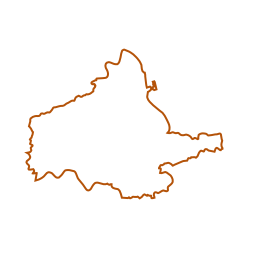 the district of Gia Vien, Ninh Bình, Vietnam, rotated 285°
{"feature_id": "81297802B79786453625721", "entity_name": "Gia Vien", "entity_type": "district", "adm_level": 2, "iso_a3": "VNM", "parent_name": "Vietnam", "parent_adm1": "Ninh Bình", "projection": "albers", "projection_center": [105.858, 20.33], "detail": "fine", "context": "isolated", "style": "outline", "palette": "amber", "viewbox_px": 256, "rotation_deg": 285, "n_neighbors": 0, "source": "geoboundaries", "source_scale": "gbopen_adm2", "svg_char_len": 5737}
<svg xmlns="http://www.w3.org/2000/svg" viewBox="0 0 256 256"><g transform="rotate(285 128 128)"><path d="M112.0,31.5L110.9,31.4L109.2,31.9L104.0,31.9L103.6,32.7L102.3,34.4L100.7,35.8L100.0,36.5L99.5,36.9L99.4,37.3L96.7,37.5L95.8,37.3L93.7,37.3L92.5,36.5L91.4,36.3L90.9,37.4L90.6,37.5L88.8,37.6L87.4,37.5L87.1,37.8L86.8,39.7L86.7,40.1L86.5,40.3L86.0,40.4L83.8,39.2L83.3,39.3L81.4,40.4L80.5,40.2L79.8,39.9L79.3,39.4L78.9,38.8L77.9,36.8L77.5,38.3L76.8,39.4L75.2,40.8L74.5,41.1L73.3,41.0L72.5,40.7L69.9,38.9L69.5,38.8L68.6,38.8L68.3,39.0L67.7,39.5L67.4,39.9L66.5,41.6L65.7,42.3L64.9,42.5L62.9,42.4L62.4,42.7L62.2,43.1L62.6,44.7L63.7,47.2L63.0,48.0L62.1,48.5L61.3,48.5L60.5,48.0L59.5,47.8L59.5,48.1L60.0,49.4L60.8,51.2L60.8,51.5L53.3,52.2L55.1,55.1L56.4,56.6L57.6,57.8L59.4,59.2L63.4,61.2L64.2,62.0L64.6,62.5L64.8,63.2L64.9,63.9L64.8,65.3L64.7,66.0L64.3,66.8L62.4,69.9L61.8,71.2L61.7,71.7L61.7,72.5L61.9,73.2L62.3,74.1L65.0,75.8L66.0,76.3L69.5,77.6L70.4,78.1L70.8,78.4L71.2,79.1L71.6,80.1L72.1,82.0L72.2,82.9L72.3,87.1L72.2,87.5L72.0,88.0L71.5,88.7L70.5,89.6L66.7,92.4L65.7,93.5L61.7,99.1L58.2,103.2L57.7,104.0L57.4,104.7L57.4,105.6L57.5,106.0L57.8,106.5L58.3,107.1L59.6,107.9L62.3,108.6L64.1,109.2L65.1,109.7L66.0,110.2L66.5,110.7L66.9,111.4L67.3,112.5L67.4,113.5L67.4,119.1L67.9,120.9L68.5,121.9L68.9,122.4L68.6,123.0L68.3,124.6L69.2,125.8L69.4,126.3L69.4,126.7L68.6,126.7L67.1,127.6L66.4,128.8L66.2,129.6L66.2,130.1L66.1,131.3L66.3,133.6L66.2,134.5L65.1,136.2L62.6,138.1L59.7,139.8L59.1,140.1L60.3,146.1L60.6,146.4L61.2,146.7L61.3,146.9L61.2,147.1L60.7,147.9L60.8,148.5L61.9,149.8L62.6,150.2L62.9,150.7L63.1,152.1L63.3,153.0L63.8,154.6L64.2,155.1L64.1,155.5L63.1,157.5L64.9,159.1L67.3,160.2L68.1,161.0L68.0,161.9L67.5,163.7L67.5,163.9L68.3,164.1L68.5,164.3L68.2,165.4L68.1,166.3L68.3,166.6L68.5,167.8L66.6,168.7L66.4,168.9L66.4,169.3L66.8,170.3L67.5,171.6L68.5,171.2L69.8,170.3L71.4,170.1L72.2,170.3L72.7,170.6L73.1,171.4L73.1,172.5L72.9,173.6L72.9,173.9L73.1,174.2L73.8,175.0L75.9,177.0L76.6,177.9L76.8,178.3L76.8,180.9L76.9,181.6L77.1,182.0L77.6,182.5L78.3,182.7L80.6,181.9L81.4,181.9L81.8,182.0L82.9,182.8L84.6,184.0L86.1,184.8L86.9,185.0L87.5,185.1L88.7,184.8L89.9,184.4L90.9,183.7L91.7,183.1L92.9,181.8L93.2,181.4L95.0,176.9L95.1,175.3L93.2,172.3L93.0,171.7L92.9,170.6L95.6,170.5L96.9,170.3L97.2,170.1L97.3,169.8L97.1,168.4L97.5,168.3L100.2,169.0L100.6,169.3L100.8,169.7L100.8,170.5L101.0,170.8L101.5,171.3L102.0,171.9L102.3,172.1L103.0,172.3L103.2,172.6L103.7,173.9L104.5,175.3L104.8,176.0L104.8,177.0L104.5,178.4L104.1,179.5L103.3,180.7L103.2,181.0L104.6,182.5L109.7,189.0L110.4,190.0L111.8,193.6L114.1,194.0L114.5,194.2L114.8,195.8L115.1,196.3L116.1,196.6L117.1,200.2L116.9,201.3L118.4,202.3L118.9,202.5L122.5,203.0L124.0,203.6L124.8,204.2L125.0,204.6L124.9,207.2L125.1,207.4L126.7,207.7L127.3,208.0L127.7,208.5L127.8,209.1L127.9,209.6L127.1,211.7L127.5,217.7L130.3,217.9L131.0,218.1L131.5,218.5L131.8,218.9L131.7,219.7L130.6,222.4L130.5,222.8L130.6,223.3L131.6,223.7L132.0,224.0L132.2,224.3L132.3,224.6L133.0,224.5L133.3,224.1L134.6,223.1L136.1,222.5L137.6,222.3L139.6,222.3L140.1,222.3L141.5,221.4L145.8,219.4L146.3,218.8L146.4,218.5L146.3,217.8L144.9,215.5L144.4,213.9L142.8,210.6L141.6,207.6L141.6,207.2L142.4,205.6L142.6,204.8L142.5,203.5L142.2,201.7L141.8,200.6L141.0,199.3L140.1,198.4L139.7,198.1L139.3,198.1L137.0,198.3L135.8,198.7L135.3,198.3L135.3,197.9L135.7,196.0L135.7,195.3L135.5,194.7L134.8,194.3L134.1,193.4L134.2,192.5L135.7,190.8L136.2,189.6L136.6,188.3L136.7,186.9L136.7,186.2L136.5,185.5L135.4,183.5L135.0,181.8L135.0,181.1L135.2,180.2L136.0,178.6L136.2,178.0L136.2,177.5L136.0,176.9L135.5,175.9L135.3,175.0L135.5,172.4L135.1,171.6L134.2,170.4L133.9,169.8L133.5,167.9L133.5,167.4L135.1,168.2L135.9,168.4L137.5,168.4L139.6,167.9L141.7,166.9L143.3,165.7L145.4,163.9L147.3,162.2L149.4,160.2L151.6,157.4L153.0,154.0L156.5,146.4L158.9,142.2L160.4,140.3L162.3,138.8L163.4,138.4L168.0,137.9L168.7,138.7L170.0,139.7L171.2,140.3L172.1,142.1L171.4,143.5L172.7,145.5L179.2,142.0L179.1,141.5L179.8,141.2L179.1,140.0L177.0,141.4L176.7,141.0L176.2,141.3L176.3,141.9L175.0,142.8L172.6,139.8L173.5,139.0L173.7,138.6L173.5,138.2L171.9,135.8L173.9,134.7L175.5,134.0L182.3,131.3L183.7,130.9L185.8,129.9L185.7,129.1L186.7,127.3L187.6,126.7L188.8,126.0L192.4,124.6L194.4,122.9L195.5,121.8L197.7,118.9L198.7,117.3L200.5,114.0L201.6,111.0L202.1,109.1L202.7,104.4L202.7,104.0L202.5,103.6L201.8,102.8L201.3,102.4L200.5,102.3L198.1,102.2L194.3,102.5L190.1,102.5L189.0,102.3L188.1,102.0L187.4,101.6L186.9,101.2L186.6,100.3L186.4,99.4L186.3,98.6L186.3,97.5L186.7,94.2L186.7,92.8L186.5,92.1L185.7,90.8L184.4,90.0L182.9,90.0L182.2,90.1L180.7,90.8L180.1,91.2L178.2,93.0L176.9,93.9L175.9,94.4L175.1,94.7L173.8,94.9L172.9,94.9L172.2,94.7L171.6,94.4L170.9,93.8L170.4,92.8L169.5,90.4L167.9,85.6L167.6,84.9L167.4,84.8L166.1,85.0L165.8,84.8L165.7,84.1L163.9,82.2L163.6,81.7L162.7,81.1L162.0,81.0L161.5,81.3L161.1,82.1L161.2,82.8L161.8,83.8L161.6,84.4L161.2,84.9L160.7,84.9L160.4,85.0L160.4,85.5L159.7,85.6L158.9,85.5L157.1,84.6L155.8,84.6L154.6,85.0L154.0,84.7L153.5,84.2L152.1,83.2L151.0,82.1L150.2,80.8L150.0,80.3L150.0,79.6L149.8,79.0L148.6,78.2L148.3,77.3L148.1,77.0L147.4,76.2L146.5,75.6L146.1,75.0L145.9,74.3L146.4,72.1L144.8,70.2L143.8,69.6L143.1,69.4L140.9,69.2L140.5,69.1L140.3,68.8L140.2,67.7L139.7,66.6L139.2,66.0L137.0,63.9L135.6,62.2L133.5,60.6L133.1,60.1L132.5,59.2L131.9,57.3L131.1,55.7L129.3,52.7L128.8,51.3L128.7,51.1L128.2,50.6L127.8,50.4L126.2,50.0L123.5,48.8L122.7,48.2L122.6,47.8L122.3,46.3L122.1,45.9L121.6,45.2L120.3,43.8L119.9,43.1L119.9,41.4L119.5,40.5L119.2,40.2L117.5,39.7L117.2,39.5L116.8,39.2L116.2,37.9L116.0,36.8L115.4,35.2L114.5,33.8L114.0,33.1L112.0,31.5Z" fill="none" stroke="#b45309" stroke-width="2"/></g></svg>